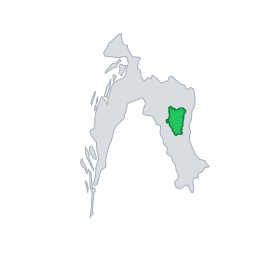 location of Bjelovarsko-bilogorska within Croatia, rotated 62°
{"feature_id": "HRV-1607", "entity_name": "Bjelovarsko-bilogorska", "entity_type": "County", "adm_level": 1, "iso_a3": "HRV", "parent_name": "Croatia", "parent_adm1": "", "projection": "robinson", "projection_center": [16.948, 45.775], "detail": "fine", "context": "in_parent", "style": "filled", "palette": "green", "viewbox_px": 256, "rotation_deg": 62, "n_neighbors": 0, "source": "natural_earth", "source_scale": "10m", "svg_char_len": 5838}
<svg xmlns="http://www.w3.org/2000/svg" viewBox="0 0 256 256"><g transform="rotate(62 128 128)"><path d="M42.5,89.5L43.6,91.0L51.4,92.8L53.1,92.0L54.2,90.8L54.2,90.0L54.8,89.8L57.6,90.9L66.0,90.8L67.7,89.9L70.9,84.8L72.0,84.4L72.7,84.6L73.1,86.1L74.3,87.5L78.5,90.9L80.1,91.3L81.7,90.4L83.3,90.1L87.9,91.9L91.8,92.3L94.7,91.3L93.3,88.6L93.1,87.2L93.3,86.0L95.3,84.8L95.2,84.3L92.8,82.2L93.0,81.6L98.2,79.2L103.3,77.9L104.1,76.9L104.8,72.4L104.6,70.0L102.5,67.8L102.4,66.7L102.9,65.5L103.7,64.5L108.1,63.2L114.5,60.6L116.4,58.2L117.6,57.8L121.2,58.1L122.0,57.5L121.5,54.1L122.1,53.2L124.0,52.2L127.1,52.6L129.7,53.5L136.5,56.5L140.2,59.4L142.2,62.5L144.9,64.9L148.4,66.7L151.1,69.0L153.1,71.9L156.0,73.6L159.6,74.0L161.9,75.0L162.9,76.6L164.9,78.1L167.8,79.5L172.5,80.2L184.2,80.9L189.3,79.3L193.2,75.2L194.9,75.5L200.3,74.3L200.0,76.7L198.4,77.8L200.0,80.3L201.6,84.4L200.8,86.4L201.9,88.0L205.1,89.6L204.2,90.1L203.5,91.4L203.4,93.8L206.1,96.1L213.1,98.6L215.2,100.7L215.3,101.5L214.9,102.1L209.5,102.3L207.4,101.3L207.2,102.9L205.3,103.4L206.4,109.4L206.0,111.2L205.3,111.8L203.8,111.5L203.3,112.0L203.7,113.3L201.7,113.5L198.6,112.8L197.2,111.6L196.9,109.3L195.9,107.5L193.4,105.6L188.2,105.3L182.1,103.5L177.8,104.1L173.6,103.3L170.0,105.6L168.1,105.6L164.5,102.7L163.4,102.5L160.2,104.0L158.9,104.0L153.6,102.4L151.7,102.2L150.2,102.7L147.7,102.2L141.6,98.3L137.8,101.2L130.0,100.5L127.7,102.5L125.1,106.3L123.0,108.1L121.1,107.5L118.9,105.8L115.1,101.5L113.2,100.7L111.0,100.6L109.0,101.0L108.0,101.9L106.4,113.8L106.4,117.2L110.6,120.3L115.6,125.6L117.2,126.2L118.0,128.0L120.5,137.6L123.1,141.0L131.7,148.8L135.4,153.8L146.5,163.5L151.4,165.3L152.2,166.2L152.2,170.0L152.8,171.4L156.1,175.3L162.8,181.1L163.5,182.5L163.8,183.5L163.3,184.2L161.6,185.0L153.9,178.5L147.9,174.9L141.1,168.2L132.0,165.5L125.8,162.6L117.9,163.9L115.4,164.0L113.6,163.4L112.3,161.6L112.3,158.3L108.7,155.4L103.7,152.6L99.1,149.0L89.8,139.2L87.9,136.1L92.8,134.9L98.3,135.5L92.4,131.4L83.8,123.2L81.3,119.4L81.0,115.2L81.7,109.5L80.2,105.5L73.7,100.3L71.3,97.5L66.4,95.9L64.2,96.1L62.9,98.1L61.9,102.6L53.7,114.6L50.5,114.5L47.1,108.8L43.8,104.5L43.1,100.0L40.7,90.8L42.5,89.5ZM187.3,199.1L187.4,200.4L189.8,203.8L179.0,196.3L168.8,190.3L161.6,188.8L151.8,183.9L145.4,182.2L150.6,181.8L165.8,188.3L164.1,186.5L166.3,185.9L168.1,186.4L169.3,188.5L177.8,194.2L183.3,197.6L187.3,199.1ZM69.1,121.1L68.9,122.5L67.1,120.7L66.2,117.4L64.0,112.2L63.7,110.7L64.9,109.2L64.9,107.7L63.3,103.2L64.7,102.4L65.5,102.3L65.8,105.5L66.5,107.3L68.7,109.6L68.2,113.3L68.6,118.7L69.1,121.1ZM78.9,109.3L75.2,110.1L73.4,108.7L73.0,107.5L70.0,107.2L67.8,104.8L70.4,103.1L71.9,100.2L76.8,106.1L78.9,109.3ZM137.5,172.7L132.8,172.8L128.7,172.1L126.7,170.9L127.5,168.4L132.0,168.5L139.0,169.7L140.7,171.0L140.2,171.7L137.5,172.7ZM149.8,178.1L147.7,178.4L134.3,178.2L130.5,177.4L125.3,174.8L129.6,174.2L133.7,174.8L134.9,176.2L149.8,178.1ZM89.9,133.1L89.1,134.1L81.7,127.6L80.9,125.4L77.3,120.9L76.7,119.7L80.1,122.6L81.3,122.9L84.5,125.8L87.7,129.4L91.5,132.6L89.9,133.1ZM133.5,182.9L139.0,183.9L143.1,183.4L146.8,184.1L149.7,185.8L143.3,185.4L139.5,186.6L136.1,186.0L134.9,185.2L134.0,184.2L133.5,182.9ZM89.8,148.5L90.2,149.4L88.2,149.0L81.0,140.9L80.2,139.4L82.8,141.2L89.8,148.5ZM77.1,114.2L80.1,119.0L77.4,117.6L74.8,117.0L74.3,115.9L75.2,114.1L77.1,114.2ZM162.3,191.3L166.4,193.9L154.4,190.5L157.0,190.1L162.3,191.3ZM95.3,146.6L97.2,149.3L95.3,148.8L93.4,147.0L92.3,145.2L95.3,146.6ZM91.1,143.3L91.6,144.6L87.8,142.1L86.2,139.7L91.1,143.3Z" fill="#d9dde1" stroke="#a8b0b8" stroke-width="1"/><path d="M139.4,68.8L139.6,68.8L139.8,68.9L140.0,69.0L140.3,69.4L140.3,69.6L140.4,69.8L140.6,70.0L141.2,70.4L141.4,70.5L141.5,70.6L141.5,70.8L141.1,71.5L141.3,71.8L141.7,72.0L143.0,72.6L143.5,72.9L143.8,73.2L143.8,73.5L143.7,73.9L143.7,74.2L143.9,74.5L144.0,74.6L144.6,74.2L144.8,74.2L145.1,74.2L145.5,74.2L145.7,74.3L145.9,74.6L146.3,75.1L146.5,75.3L147.1,75.7L148.1,76.6L152.2,79.0L152.2,79.4L152.2,79.7L152.2,79.8L152.3,80.0L152.6,80.2L153.0,80.4L153.3,80.7L153.5,80.9L153.5,81.0L154.4,80.8L154.6,80.8L154.7,81.0L154.8,81.2L154.8,81.4L154.8,81.6L154.7,81.9L154.6,82.0L154.8,82.3L155.4,82.7L155.7,82.7L155.9,82.6L156.1,82.4L156.3,82.3L156.5,82.1L156.8,82.1L157.0,82.2L157.3,82.3L158.5,83.1L158.5,83.7L156.5,86.7L156.7,87.4L157.0,87.7L157.0,87.8L157.1,88.0L156.7,89.3L156.5,89.5L156.4,89.6L156.1,89.7L155.8,89.8L155.3,89.8L154.3,89.5L153.9,89.5L150.9,89.9L150.6,89.9L150.3,89.7L149.9,89.4L149.6,89.2L149.3,89.1L149.1,89.2L149.0,89.4L148.7,89.5L148.3,89.6L147.6,89.6L147.2,89.7L146.4,89.9L146.1,90.0L145.7,89.9L145.3,89.9L145.1,89.9L144.9,90.0L144.7,90.0L143.1,89.4L142.9,89.3L142.8,89.2L142.9,88.8L142.8,88.7L142.3,88.4L141.9,89.5L141.8,90.0L141.8,90.4L141.8,90.7L141.9,91.0L141.4,91.3L141.2,91.3L141.0,91.0L140.8,90.9L140.6,90.8L140.0,90.8L139.8,90.8L139.6,90.7L139.3,90.5L139.1,90.3L138.9,90.0L138.9,89.8L139.0,89.8L139.0,89.7L139.3,89.8L139.6,89.8L140.1,89.3L140.0,89.2L139.9,88.9L139.5,88.4L139.2,88.0L139.0,87.9L138.7,87.8L138.6,87.7L138.3,87.3L138.2,87.1L137.8,86.1L137.6,86.0L137.5,85.9L136.8,85.8L136.5,85.7L136.3,85.6L135.9,85.2L133.8,84.3L133.2,84.2L132.6,84.2L132.2,83.9L131.7,83.4L131.1,82.9L130.7,82.8L130.4,82.7L130.1,82.6L129.8,82.3L129.5,82.3L129.3,82.2L129.2,82.2L129.3,81.5L129.4,81.3L129.5,81.1L129.5,80.8L129.1,80.4L129.5,80.1L129.9,79.7L130.1,79.6L131.0,79.6L131.9,79.9L132.1,79.8L132.2,79.6L132.1,79.1L132.1,78.8L132.1,78.5L132.8,77.6L133.0,77.5L133.2,77.8L133.2,78.0L133.2,78.3L133.5,78.4L133.8,78.4L134.1,78.3L134.3,78.2L134.7,77.7L134.9,77.2L135.0,76.7L134.9,75.3L134.8,75.0L134.9,74.6L134.9,73.1L135.0,72.5L135.4,71.8L135.7,71.1L136.0,70.6L136.3,70.1L136.8,69.9L137.4,69.7L137.6,69.7L137.8,69.8L137.9,70.0L138.1,70.1L138.3,70.0L138.4,69.9L138.7,69.7L138.8,69.6L139.0,69.1L139.1,68.9L139.4,68.8Z" fill="#22c55e" stroke="#15803d" stroke-width="1.5"/></g></svg>